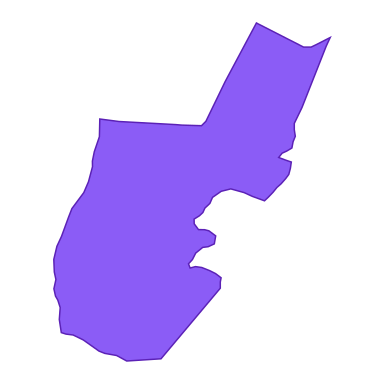 Frei Martinho, Paraíba, Brazil
{"feature_id": "56859067B64708256874841", "entity_name": "Frei Martinho", "entity_type": "district", "adm_level": 2, "iso_a3": "BRA", "parent_name": "Brazil", "parent_adm1": "Paraíba", "projection": "albers", "projection_center": [-36.44, -6.407], "detail": "fine", "context": "isolated", "style": "filled", "palette": "violet", "viewbox_px": 384, "rotation_deg": 0, "n_neighbors": 0, "source": "geoboundaries", "source_scale": "gbopen_adm2", "svg_char_len": 1191}
<svg xmlns="http://www.w3.org/2000/svg" viewBox="0 0 384 384"><path d="M57.8,300.1L60.2,307.6L59.3,319.5L61.3,332.6L66.0,334.1L73.1,335.0L83.2,339.9L99.0,351.1L104.8,353.4L116.6,355.5L126.7,361.0L161.0,358.8L220.3,288.2L220.3,282.0L221.1,277.8L215.6,273.6L209.6,270.6L201.8,267.5L195.5,266.6L190.1,268.0L188.5,263.8L192.4,259.6L195.7,253.1L202.7,247.4L208.2,246.7L214.3,243.9L215.7,235.9L208.9,230.8L204.6,229.7L198.5,229.6L194.2,223.8L194.1,219.1L199.4,215.8L202.9,212.5L204.9,208.1L209.9,203.4L212.5,197.4L221.2,191.3L230.8,188.9L244.1,192.6L252.4,196.4L264.5,200.8L268.2,197.3L273.1,192.2L276.9,187.5L281.1,183.8L285.7,178.6L288.8,174.4L290.4,168.3L291.3,162.0L285.9,160.2L278.7,157.5L282.1,153.2L286.7,151.1L291.9,148.0L293.1,141.7L295.3,136.3L294.3,129.7L294.3,123.4L302.0,107.5L310.8,85.2L326.2,46.2L330.2,37.5L316.1,44.7L311.1,47.1L303.6,47.1L256.4,23.0L225.2,81.5L205.9,121.3L201.5,125.7L181.7,125.1L175.7,124.6L153.8,123.4L118.9,121.5L99.8,119.0L99.4,136.7L94.3,151.7L92.4,161.1L92.5,166.7L88.5,181.7L83.8,192.6L71.9,208.6L68.5,217.3L61.5,236.4L56.9,246.3L53.8,259.4L54.3,272.0L55.9,279.5L53.9,288.8L55.5,296.1L57.8,300.1Z" fill="#8b5cf6" stroke="#5b21b6" stroke-width="1.5"/></svg>